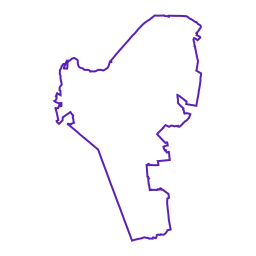 Baneasa, Constanta, Romania (Mercator projection)
{"feature_id": "2599482B79766722586515", "entity_name": "Baneasa", "entity_type": "district", "adm_level": 2, "iso_a3": "ROU", "parent_name": "Romania", "parent_adm1": "Constanta", "projection": "mercator", "projection_center": [27.719, 44.045], "detail": "fine", "context": "isolated", "style": "outline", "palette": "violet", "viewbox_px": 256, "rotation_deg": 0, "n_neighbors": 0, "source": "geoboundaries", "source_scale": "gbopen_adm2", "svg_char_len": 5636}
<svg xmlns="http://www.w3.org/2000/svg" viewBox="0 0 256 256"><path d="M74.4,58.0L74.1,58.0L72.7,58.4L72.0,58.7L70.7,59.8L70.0,60.3L68.4,61.1L68.1,61.9L67.7,62.1L67.5,63.3L67.3,63.6L67.2,63.9L67.5,64.6L67.3,67.6L67.1,68.6L64.0,68.5L63.9,68.1L63.9,67.7L64.0,67.4L64.5,66.4L66.4,61.8L66.5,61.6L67.5,61.4L68.3,60.7L67.8,60.7L67.9,60.8L67.9,61.0L67.6,61.2L66.5,61.5L66.4,61.6L65.2,64.3L63.9,63.9L63.3,64.1L62.8,64.5L62.3,65.8L61.5,66.3L61.4,67.7L61.2,68.2L60.4,69.5L59.9,70.0L59.8,74.0L60.6,76.1L60.5,78.3L61.7,84.2L61.7,84.6L61.6,84.8L59.9,86.9L59.7,87.3L59.5,89.9L60.1,90.3L60.3,90.6L60.4,90.9L60.6,95.2L57.4,93.5L57.1,93.2L56.9,93.3L56.8,94.1L56.3,95.3L56.7,95.7L56.7,95.8L55.9,96.4L56.6,97.4L56.3,99.4L55.2,100.5L55.3,100.8L55.3,101.0L55.1,101.3L54.8,101.3L55.7,102.1L56.9,102.5L59.0,103.3L60.2,103.4L60.4,103.3L60.4,103.1L60.9,103.0L61.4,103.0L61.4,106.0L61.1,106.2L60.3,106.2L60.1,105.9L59.9,105.2L59.2,105.2L58.1,108.2L57.4,108.1L56.8,108.2L55.6,108.0L55.5,108.6L55.8,108.7L56.0,109.7L56.1,110.6L56.7,112.5L58.3,120.1L56.6,120.9L56.8,121.8L58.7,123.7L59.1,123.8L62.6,120.3L62.7,117.4L66.6,114.7L69.1,113.0L69.6,112.5L70.5,112.1L71.9,114.2L73.2,115.6L72.8,116.8L72.8,117.3L72.8,117.8L72.9,118.2L73.2,118.9L73.6,121.5L73.8,122.3L74.0,122.8L72.2,123.5L71.9,123.5L71.4,123.7L71.4,123.9L71.2,124.1L70.4,124.2L69.7,124.2L68.4,123.8L68.1,123.8L68.1,124.0L67.9,124.3L69.7,125.6L78.0,132.6L79.8,134.3L89.7,142.5L94.9,146.9L98.1,149.5L101.3,158.3L104.3,166.3L106.7,172.8L107.2,174.1L110.4,182.9L113.4,190.7L116.5,199.1L120.6,209.8L121.3,211.9L121.8,213.3L122.3,214.7L123.0,216.3L124.0,219.2L129.7,234.3L132.0,240.6L135.7,239.5L141.9,238.2L143.0,237.7L144.4,237.3L146.8,238.0L147.2,238.0L147.7,237.8L149.3,238.7L149.6,238.5L152.7,238.6L152.7,238.1L152.8,237.6L153.1,237.4L153.8,237.5L155.2,238.0L155.8,238.2L156.0,237.9L156.4,237.3L156.5,236.4L157.0,234.9L157.3,234.8L158.1,234.6L160.0,235.0L160.3,234.5L160.7,234.3L162.1,234.7L163.8,234.7L165.3,233.5L165.7,233.1L166.4,232.2L166.8,231.6L167.6,230.6L167.6,230.2L168.3,230.1L169.1,229.8L170.1,229.7L170.7,229.5L170.6,229.2L170.5,228.9L168.8,219.5L168.3,213.4L167.7,208.9L167.1,202.7L167.3,199.2L167.4,198.5L168.9,197.9L169.0,197.8L168.8,197.4L168.7,196.0L168.8,195.3L168.3,194.2L168.4,193.9L162.7,189.7L161.9,189.2L161.7,189.7L161.1,189.6L160.8,188.5L160.4,188.3L160.0,188.5L159.7,188.8L159.4,189.4L159.3,189.5L157.8,189.4L157.7,189.9L157.2,189.9L157.2,189.6L156.5,190.0L155.0,189.8L151.5,190.0L151.4,189.7L151.2,189.7L151.1,189.9L149.8,190.1L149.6,188.3L149.0,184.9L148.7,184.3L148.6,182.4L148.4,181.5L148.3,180.7L148.2,178.6L148.6,178.5L148.9,178.4L148.3,177.6L148.3,177.3L148.3,177.0L148.2,176.8L147.4,176.6L147.3,174.1L146.6,165.1L148.0,165.1L147.6,164.5L148.5,163.9L149.0,164.1L149.6,164.8L151.2,165.0L155.6,165.3L156.5,165.1L158.1,165.1L158.4,165.0L158.3,163.7L158.1,162.7L158.1,161.8L157.8,161.1L158.2,161.1L167.7,160.2L169.1,160.1L169.8,160.0L169.6,158.2L169.4,157.5L169.3,155.5L168.9,151.9L168.7,151.8L167.1,152.5L166.8,152.5L166.7,152.2L166.3,151.8L166.1,151.3L166.1,151.2L165.8,150.5L165.7,150.0L165.4,150.0L164.8,150.3L164.1,149.0L163.7,148.0L163.4,146.8L166.1,145.7L167.4,145.4L167.7,145.4L167.3,142.8L167.1,142.4L166.6,142.4L165.4,142.9L161.6,139.0L157.1,134.2L158.2,133.0L158.1,132.9L163.4,127.8L163.2,127.5L165.5,125.1L167.6,126.0L168.4,126.6L169.1,126.8L170.3,126.0L170.7,125.8L171.9,125.6L174.5,126.3L175.4,126.2L176.0,126.0L176.9,126.1L177.6,125.9L177.9,125.8L178.2,126.7L178.4,126.7L179.4,126.7L179.7,126.6L180.8,125.7L185.0,121.4L186.1,120.8L187.0,120.0L188.9,117.8L189.1,117.6L190.4,114.3L187.5,113.2L185.3,113.3L184.6,113.6L184.1,112.9L184.1,112.2L184.0,111.6L183.7,110.3L183.2,109.6L183.0,109.2L183.5,108.6L183.5,108.4L181.1,106.3L180.1,105.3L179.0,104.1L178.2,103.4L178.1,103.1L177.9,101.8L178.1,100.6L178.0,99.7L177.6,97.8L177.5,96.7L177.4,95.3L177.4,95.0L178.8,95.6L179.6,96.2L184.2,99.7L184.5,99.9L185.0,100.6L185.6,100.7L186.6,101.5L186.2,104.1L196.3,105.8L197.3,100.3L198.2,95.5L199.0,89.8L199.2,89.0L199.8,85.5L200.4,81.4L200.5,77.9L201.0,74.6L201.2,73.7L201.1,73.4L196.3,70.6L196.9,68.2L198.0,61.1L197.8,60.2L197.3,58.4L197.1,57.1L197.0,56.7L196.7,56.1L196.8,55.5L196.7,55.1L196.1,52.6L195.9,51.1L195.5,49.4L195.1,47.6L195.0,46.6L194.7,46.3L194.6,46.2L194.8,46.0L194.8,45.8L194.3,43.9L194.2,42.4L193.9,41.8L193.7,40.9L193.5,39.8L193.5,39.4L193.8,38.8L193.9,38.2L194.1,38.0L194.9,38.4L196.2,39.2L197.1,39.8L197.5,40.2L199.0,38.9L199.9,37.9L200.3,37.6L199.9,36.9L198.4,35.9L197.2,35.4L196.6,35.2L196.9,34.4L197.0,33.8L197.0,33.1L196.5,33.0L196.9,32.4L197.4,32.2L197.8,31.8L200.9,27.1L200.8,26.2L200.4,25.4L197.9,23.9L197.0,22.9L196.7,22.3L196.6,22.2L196.3,22.0L195.6,22.1L191.1,19.1L190.8,19.1L190.2,18.8L189.3,18.2L188.1,17.3L186.7,16.3L186.3,16.2L186.0,16.3L184.6,16.1L180.8,15.9L178.1,15.9L173.6,15.8L168.7,15.7L168.7,16.7L167.6,16.3L166.1,16.1L164.7,16.0L164.5,15.9L164.3,15.5L156.9,15.7L154.9,15.4L148.9,20.1L148.0,20.5L144.2,23.2L142.2,25.1L138.9,28.5L137.4,30.2L137.1,30.7L136.2,31.7L134.2,34.1L133.7,34.3L132.4,35.6L128.4,40.4L119.7,50.2L115.6,55.0L111.1,60.5L111.0,60.9L111.3,61.4L111.3,61.6L111.2,61.7L111.3,62.0L111.1,62.1L110.9,62.0L110.3,61.1L110.2,61.2L110.0,61.5L109.7,62.4L109.4,63.3L108.9,64.8L108.7,65.8L108.2,66.9L107.8,67.6L107.5,68.0L106.3,68.7L104.8,69.7L103.3,70.5L100.7,69.8L100.0,70.0L99.6,69.9L99.3,69.8L98.0,70.0L95.4,71.3L92.8,71.4L91.1,71.3L90.3,71.6L89.9,70.9L89.5,70.5L89.2,70.3L88.7,70.1L87.4,69.8L85.0,69.9L84.4,69.9L84.1,69.7L83.7,69.3L83.4,68.8L83.1,68.6L82.0,68.2L79.8,67.5L79.4,67.2L78.7,66.3L78.4,65.7L78.1,64.7L77.9,63.9L77.8,63.1L77.8,60.6L77.6,60.2L77.1,59.7L74.4,58.0Z" fill="none" stroke="#5b21b6" stroke-width="2"/></svg>